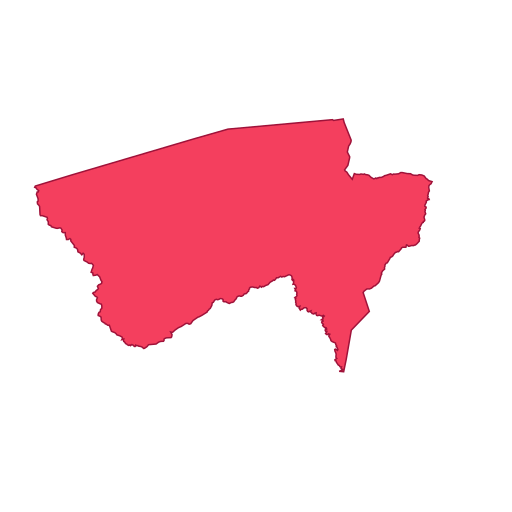 Água Boa, Mato Grosso, Brazil, rotated 341°
{"feature_id": "56859067B27604315767494", "entity_name": "Água Boa", "entity_type": "district", "adm_level": 2, "iso_a3": "BRA", "parent_name": "Brazil", "parent_adm1": "Mato Grosso", "projection": "mercator", "projection_center": [-52.48, -14.089], "detail": "fine", "context": "isolated", "style": "filled", "palette": "rose", "viewbox_px": 512, "rotation_deg": 341, "n_neighbors": 0, "source": "geoboundaries", "source_scale": "gbopen_adm2", "svg_char_len": 6065}
<svg xmlns="http://www.w3.org/2000/svg" viewBox="0 0 512 512"><g transform="rotate(341 256 256)"><path d="M383.1,154.8L373.5,153.1L372.7,152.0L270.8,126.9L237.0,125.1L109.0,119.4L70.1,118.0L69.1,119.0L70.1,119.8L70.7,121.8L71.8,123.4L71.0,124.5L70.0,124.2L68.5,126.1L68.6,131.0L67.8,133.2L66.8,133.6L66.4,135.6L67.3,137.5L67.5,138.8L65.3,146.5L65.4,147.7L67.1,148.3L71.1,151.4L71.1,152.5L70.2,153.7L70.8,155.9L69.9,158.4L70.6,159.5L71.9,160.4L72.1,161.8L76.1,164.7L77.2,165.2L79.7,165.5L80.6,166.2L81.1,168.2L80.3,169.7L81.2,171.1L83.3,171.8L82.5,174.2L82.5,177.2L82.2,178.7L83.9,179.3L85.7,178.9L86.3,180.0L85.8,181.5L87.7,186.9L87.0,188.5L88.8,190.1L89.4,191.6L89.0,194.1L90.8,196.0L91.7,198.2L93.4,197.1L94.1,198.5L93.2,201.3L92.0,203.0L91.9,204.2L94.5,206.9L95.3,208.3L96.9,209.2L98.2,209.4L99.2,211.9L97.5,214.4L96.7,215.1L94.8,217.7L96.2,218.9L95.8,220.3L95.8,221.5L98.4,222.0L99.8,221.8L101.4,224.8L101.5,228.6L102.0,229.9L101.2,231.5L99.7,232.0L98.0,232.0L96.2,233.0L96.4,235.4L95.4,236.1L93.6,236.6L92.4,237.6L90.3,237.6L89.5,238.1L91.0,241.9L92.0,242.6L92.5,243.8L91.0,245.4L90.6,246.7L90.9,248.4L93.2,250.6L94.1,251.2L94.0,252.9L93.2,255.2L91.5,256.1L90.6,258.0L89.4,258.1L88.6,258.7L87.8,259.7L87.4,260.9L88.8,262.1L89.6,263.4L88.8,266.1L88.9,267.4L90.3,269.4L91.2,270.2L91.4,271.2L92.3,271.7L93.1,273.0L93.8,273.5L94.8,273.7L94.8,280.0L95.5,280.8L97.5,282.4L98.4,283.8L98.8,285.3L101.1,287.0L102.9,288.9L103.0,290.3L101.9,291.4L103.9,291.5L103.2,292.6L103.1,293.8L103.7,294.3L104.2,296.4L105.1,297.2L105.5,298.1L106.7,299.2L107.9,299.1L108.2,299.9L109.8,299.3L110.9,300.5L111.5,301.9L112.3,302.2L113.3,301.1L114.1,302.1L115.1,302.2L115.6,303.0L117.8,304.2L118.7,305.1L119.7,306.9L120.8,307.0L121.5,306.6L122.5,306.5L123.6,306.1L125.5,304.9L132.9,306.7L135.7,305.8L137.0,305.7L138.3,305.8L140.7,306.5L141.5,306.0L142.0,304.6L142.9,304.3L144.6,304.2L149.1,305.5L149.9,305.0L151.0,303.1L150.6,300.1L151.6,300.8L152.5,300.9L155.5,299.6L159.4,298.5L162.4,298.3L167.9,296.9L169.9,297.7L170.5,298.7L172.2,298.8L175.4,296.5L181.2,294.9L182.1,295.0L185.5,294.5L191.5,293.1L192.2,292.2L193.4,291.8L194.4,291.0L195.6,290.7L198.1,288.4L199.4,286.0L200.6,285.9L202.6,284.2L204.3,284.0L205.6,284.9L207.0,284.9L208.3,284.6L209.4,285.1L210.4,285.8L210.7,286.9L210.1,287.8L210.6,288.7L212.8,289.6L213.5,290.6L215.3,292.2L217.6,291.9L218.7,292.2L219.9,292.1L222.2,290.5L223.4,290.0L224.2,289.0L225.1,288.3L227.1,288.2L228.2,289.0L229.3,289.4L231.2,289.0L232.2,288.2L233.3,288.0L234.1,288.4L235.6,287.8L236.5,287.1L237.5,286.9L238.2,285.5L239.1,285.0L239.5,284.1L240.5,283.7L242.6,284.1L244.7,285.5L246.0,285.8L246.8,286.9L248.2,286.9L249.9,285.7L251.0,287.3L252.0,286.8L253.2,287.5L255.7,287.0L258.0,287.0L260.8,285.4L263.6,284.9L264.6,284.4L265.6,285.0L267.4,284.0L268.3,283.2L269.8,283.8L272.5,283.2L273.5,284.3L275.0,284.2L276.2,284.9L281.1,284.4L282.4,285.4L283.1,286.3L283.2,287.5L282.8,289.0L283.4,290.2L282.4,290.2L282.7,291.2L283.7,291.4L282.9,293.4L281.8,294.8L282.8,295.0L283.8,296.6L283.9,299.0L283.3,299.7L282.1,299.3L282.4,301.1L281.6,301.6L282.4,302.3L282.8,303.1L282.6,304.5L281.9,305.6L282.0,306.5L281.0,307.6L279.8,307.7L279.0,308.1L279.7,309.1L279.0,310.0L279.0,311.6L278.4,312.5L278.5,313.8L277.9,315.1L278.5,317.0L279.4,317.7L281.1,317.8L279.8,319.3L280.3,321.6L281.2,321.1L282.4,321.4L284.6,320.6L286.6,321.2L287.2,322.7L286.6,323.8L286.8,325.2L287.4,325.9L289.9,325.8L289.2,326.5L290.0,327.4L290.3,328.6L291.8,329.7L293.0,329.2L294.3,329.3L293.8,330.5L294.0,331.9L295.0,332.5L296.4,332.5L298.4,334.0L299.4,334.4L300.3,334.0L301.0,335.0L300.2,335.5L299.1,335.6L299.0,337.0L297.1,337.6L298.3,338.3L298.2,339.4L297.1,339.4L296.5,340.0L296.7,341.3L297.5,342.5L296.4,343.5L297.5,345.8L298.9,346.6L299.1,347.5L298.8,348.5L298.0,347.5L297.2,348.8L297.3,349.8L298.3,350.7L296.5,352.0L297.3,353.3L298.2,353.6L299.1,353.1L300.3,354.0L299.1,354.9L298.7,355.9L299.1,356.8L299.4,358.9L299.3,360.4L300.2,361.8L302.8,364.1L302.6,366.1L303.0,367.1L302.3,367.9L302.9,368.6L303.0,371.1L302.3,371.8L300.9,369.9L300.0,370.0L299.7,371.6L299.9,373.7L299.8,374.9L298.6,377.7L299.0,379.2L296.9,379.7L296.7,380.7L297.6,381.4L297.4,382.6L298.3,385.9L299.1,386.7L299.4,388.1L300.7,388.7L299.8,389.7L300.0,390.6L301.0,391.4L300.1,392.2L299.0,392.0L297.1,392.1L301.2,394.0L307.6,383.2L322.0,357.1L345.1,345.3L345.4,325.4L346.8,324.4L349.8,323.3L351.1,323.5L352.5,324.1L354.7,324.0L357.7,322.8L359.0,322.9L363.2,321.1L364.6,319.9L368.0,314.9L369.1,314.0L368.9,313.0L371.0,311.2L373.4,310.2L373.6,308.9L374.7,307.5L374.9,306.5L376.8,305.1L377.9,305.2L381.7,302.0L382.6,301.0L383.9,301.0L385.3,300.5L386.7,299.3L389.0,298.0L390.4,298.1L391.4,297.9L392.2,298.4L395.5,296.5L396.3,295.7L397.5,295.5L400.6,296.5L401.9,294.5L402.6,295.0L403.3,296.4L404.3,296.7L406.3,296.7L408.5,297.5L409.3,297.3L410.3,297.5L412.3,296.7L415.2,295.1L415.7,293.7L416.6,292.4L416.1,291.4L416.8,290.3L417.0,288.7L416.7,287.4L417.1,286.3L419.4,284.6L420.2,283.5L419.4,282.9L420.4,281.8L421.2,281.4L423.3,279.3L424.2,278.7L425.1,278.7L425.5,277.8L426.6,277.8L427.3,277.0L427.5,273.9L429.0,272.1L430.2,271.4L430.2,269.0L430.9,268.1L430.9,267.0L432.2,266.3L432.8,265.2L431.8,264.1L432.3,262.8L434.5,260.7L434.9,259.4L437.0,258.9L438.1,259.0L438.0,257.9L437.0,257.5L437.4,256.4L438.2,255.7L438.0,254.6L439.0,253.5L439.7,252.0L441.1,250.9L441.6,247.5L442.4,245.8L443.7,245.0L445.0,244.7L446.7,243.0L443.8,240.9L442.8,238.9L442.1,238.3L441.1,235.1L439.2,233.4L436.7,232.2L435.1,232.4L431.5,231.0L430.3,230.2L428.9,228.5L425.8,227.3L421.4,224.7L420.0,224.2L417.7,224.7L413.8,223.8L412.9,223.3L411.3,223.5L410.0,222.1L405.3,222.1L403.7,221.9L402.5,222.3L400.2,222.5L398.0,221.8L397.1,222.0L396.1,221.7L395.4,222.1L394.5,221.2L393.5,221.5L392.3,221.3L390.2,218.8L389.1,216.5L388.1,215.7L386.0,214.6L385.2,213.7L384.2,213.8L381.9,212.6L380.7,212.7L377.4,211.4L375.8,210.1L372.0,214.8L369.9,209.3L369.2,206.3L368.0,204.6L367.8,203.4L372.4,200.2L376.4,193.8L376.9,192.7L376.2,187.4L379.4,182.2L381.4,180.7L383.0,178.9L383.7,177.4L382.8,158.5L383.1,154.8Z" fill="#f43f5e" stroke="#9f1239" stroke-width="1.5"/></g></svg>